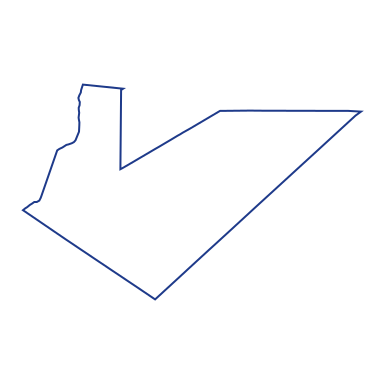 outline of Santana do Maranhão, Maranhão, Brazil
{"feature_id": "56859067B28543364324462", "entity_name": "Santana do Maranhão", "entity_type": "district", "adm_level": 2, "iso_a3": "BRA", "parent_name": "Brazil", "parent_adm1": "Maranhão", "projection": "robinson", "projection_center": [-42.686, -3.208], "detail": "fine", "context": "isolated", "style": "outline", "palette": "blue", "viewbox_px": 384, "rotation_deg": 0, "n_neighbors": 0, "source": "geoboundaries", "source_scale": "gbopen_adm2", "svg_char_len": 920}
<svg xmlns="http://www.w3.org/2000/svg" viewBox="0 0 384 384"><path d="M40.7,197.9L39.3,200.6L36.8,202.0L34.3,202.0L31.9,203.7L29.9,204.9L27.1,207.2L25.3,208.3L23.0,210.2L65.5,239.2L92.0,257.0L98.4,261.3L142.1,290.6L155.1,299.4L185.8,271.2L187.5,269.6L209.5,249.4L211.4,247.7L229.0,231.6L255.3,207.4L308.5,158.7L317.6,150.4L355.5,115.6L361.0,111.6L348.6,110.9L298.7,110.8L261.2,110.7L250.0,110.6L220.0,110.9L190.2,128.5L182.7,132.7L180.0,134.4L177.6,135.7L171.3,139.5L165.7,142.8L159.3,146.6L155.1,149.0L127.7,165.1L122.3,168.2L120.4,169.2L121.1,90.0L123.1,88.7L82.9,84.6L81.1,90.1L80.8,92.5L79.3,95.4L78.4,97.9L78.9,100.1L79.8,102.0L79.6,105.2L78.7,107.8L78.8,109.9L79.2,112.8L78.6,117.6L78.9,119.7L79.4,122.3L79.3,125.6L79.0,131.7L76.6,137.6L75.5,140.3L73.9,142.1L71.9,143.2L68.5,144.4L66.4,144.9L62.4,147.5L59.4,148.9L57.2,150.4L54.6,157.9L41.5,195.7L40.7,197.9Z" fill="none" stroke="#1e3a8a" stroke-width="2"/></svg>